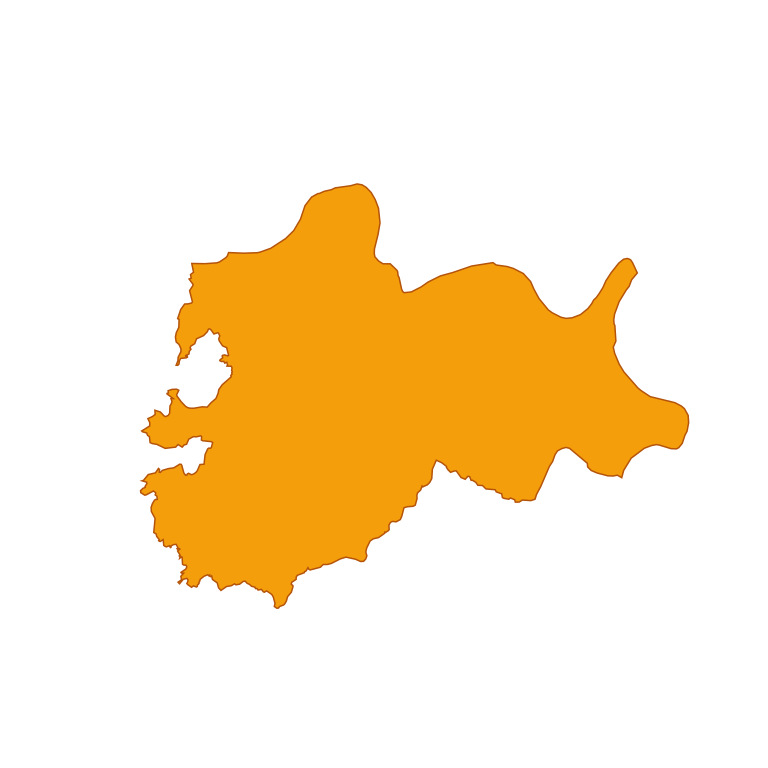 the district of Narayanganj, Dhaka, Bangladesh, rotated 241°
{"feature_id": "16705992B28796010313895", "entity_name": "Narayanganj", "entity_type": "district", "adm_level": 2, "iso_a3": "BGD", "parent_name": "Bangladesh", "parent_adm1": "Dhaka", "projection": "natural_earth1", "projection_center": [90.594, 23.715], "detail": "fine", "context": "isolated", "style": "filled", "palette": "amber", "viewbox_px": 768, "rotation_deg": 241, "n_neighbors": 0, "source": "geoboundaries", "source_scale": "gbopen_adm2", "svg_char_len": 6171}
<svg xmlns="http://www.w3.org/2000/svg" viewBox="0 0 768 768"><g transform="rotate(241 384 384)"><path d="M574.3,311.8L572.0,309.1L571.2,307.1L570.5,299.5L571.0,296.5L576.0,285.8L582.6,274.3L574.1,271.6L573.5,267.8L570.0,266.7L570.3,264.4L563.7,265.3L562.6,264.3L559.9,259.2L548.8,256.3L548.1,255.1L549.1,251.4L550.6,248.4L547.7,242.3L541.2,235.2L539.9,236.1L533.0,232.0L529.5,227.1L526.1,224.3L521.5,222.6L518.0,223.9L513.2,223.5L510.7,222.0L507.2,216.9L504.3,215.1L501.2,211.3L500.3,212.7L500.8,214.3L503.3,216.2L505.0,218.4L502.7,223.9L502.8,225.2L503.6,225.4L504.4,224.1L505.0,224.3L504.8,227.9L507.0,229.6L508.1,232.1L509.5,231.8L510.8,233.4L511.0,238.0L514.4,241.9L513.8,249.7L515.4,254.9L517.0,256.9L516.9,258.2L515.0,259.0L510.2,259.5L509.5,263.2L508.9,263.9L505.7,263.7L503.7,261.4L501.7,260.8L495.6,261.3L492.1,264.0L484.5,262.0L484.3,261.1L486.8,258.6L487.3,256.9L487.0,256.0L485.1,255.7L484.7,252.5L484.0,251.7L482.5,252.7L481.5,254.8L479.4,254.9L479.3,257.0L476.7,256.5L475.8,255.3L473.5,259.1L471.6,258.8L469.7,257.3L468.4,257.3L467.6,256.2L466.3,255.9L465.8,254.2L464.3,253.7L461.8,242.2L459.2,236.8L456.3,234.4L452.8,230.0L451.4,223.3L449.5,218.2L452.2,213.9L455.0,205.9L457.1,202.3L458.7,200.7L460.7,199.6L466.8,198.0L473.7,197.1L475.1,197.4L478.0,201.5L480.0,200.1L482.1,195.9L482.8,191.9L480.7,191.1L481.0,189.7L480.5,189.4L473.4,192.6L474.5,190.6L471.6,190.1L470.0,188.6L468.6,186.2L462.3,182.3L461.1,179.9L461.4,177.1L462.7,176.2L468.0,174.8L472.1,170.9L468.3,169.1L467.8,165.5L468.2,160.7L463.8,160.4L460.9,158.8L460.4,149.3L459.3,149.6L456.2,152.7L453.7,152.3L451.7,153.3L446.1,151.0L444.2,152.5L441.3,156.1L433.8,161.4L429.8,171.2L430.9,174.5L426.6,176.9L427.6,179.7L427.0,182.1L430.4,186.5L430.4,191.7L428.8,194.2L427.5,198.6L426.5,199.0L423.5,197.1L422.2,198.0L417.3,205.0L415.9,205.8L412.2,202.2L411.9,201.3L412.9,199.5L412.7,198.3L409.0,193.3L401.1,187.7L402.8,184.0L398.7,178.7L397.8,176.5L397.6,173.7L397.9,171.8L400.7,169.7L400.7,168.3L399.9,167.6L400.4,166.2L403.1,165.8L410.9,167.7L412.1,167.6L412.9,166.5L412.6,159.4L414.5,154.6L415.9,148.3L415.1,145.4L415.9,144.7L418.1,146.3L419.5,145.8L417.1,141.0L419.1,133.9L416.3,126.9L416.6,125.5L413.3,128.7L411.9,128.4L410.3,125.4L409.3,125.0L409.6,122.5L408.8,119.4L406.9,118.6L402.8,120.8L402.3,122.3L402.2,130.4L399.8,131.5L398.9,131.3L398.0,130.1L396.0,131.0L393.0,129.7L393.8,128.1L393.6,126.8L391.7,123.5L389.0,120.5L385.2,118.7L377.4,118.6L365.7,110.6L363.4,112.0L360.8,111.3L356.7,112.0L356.3,111.0L355.4,111.2L354.7,112.1L355.0,115.4L349.6,113.1L348.5,113.6L347.1,114.6L346.6,117.8L344.5,117.9L344.5,118.6L345.7,119.2L345.5,122.4L344.5,124.5L340.7,124.4L340.4,123.1L339.7,123.3L339.8,124.7L338.6,125.4L338.0,122.5L333.0,122.7L332.9,121.6L331.8,121.9L330.6,120.8L331.0,123.0L330.5,123.5L324.0,120.4L322.8,121.0L321.4,123.0L320.5,123.1L319.4,122.6L318.2,120.9L317.7,115.1L316.9,115.1L315.7,117.0L314.3,113.1L310.9,112.0L310.5,107.8L308.4,108.3L310.5,113.7L309.6,117.3L307.7,117.6L306.2,116.5L305.1,114.8L303.9,115.0L299.5,117.1L299.8,119.4L297.4,121.5L297.4,122.5L298.5,123.3L299.2,125.5L300.3,125.9L300.6,126.9L302.3,128.6L303.1,133.6L302.6,137.4L301.4,137.6L301.4,138.9L300.5,138.4L299.7,138.7L299.7,140.2L296.2,139.2L290.9,141.7L285.9,140.5L282.5,141.3L283.2,148.1L281.6,152.7L281.7,156.4L280.2,157.1L278.9,160.7L279.6,165.2L278.7,167.1L276.1,167.6L274.1,169.1L271.3,170.1L268.9,172.6L267.4,172.4L266.6,173.8L264.8,174.0L263.8,177.2L260.7,177.7L259.9,178.4L259.9,181.1L254.4,183.8L251.5,183.9L244.9,182.3L242.6,180.2L239.8,181.6L239.2,183.2L240.0,184.8L239.4,189.1L239.8,190.5L241.5,193.4L244.7,196.5L246.8,202.0L250.9,206.2L251.9,206.6L253.9,205.8L255.3,207.1L255.7,212.4L257.7,213.6L258.7,215.5L257.6,222.8L258.3,223.5L258.3,225.3L260.2,228.4L258.5,228.4L257.2,229.2L254.9,238.2L254.6,239.5L255.6,243.3L253.6,247.0L252.6,250.9L252.2,261.1L251.0,266.8L244.6,274.1L240.1,277.5L238.8,280.2L239.7,283.0L242.0,285.7L245.8,286.6L248.9,289.3L253.4,295.7L253.8,299.6L252.3,304.8L253.1,312.0L254.0,313.0L253.4,313.3L253.6,316.6L254.1,317.9L258.2,319.9L259.6,322.2L259.9,323.7L259.5,325.2L257.6,327.7L257.5,332.5L259.6,335.3L266.1,341.5L265.3,345.0L262.9,350.2L262.9,352.6L267.8,357.4L270.8,358.8L272.6,360.8L273.5,364.6L276.3,367.9L275.2,368.1L274.8,373.2L275.7,376.2L278.1,379.9L286.0,385.0L292.0,392.8L287.2,396.3L281.7,398.7L280.8,398.2L277.9,398.4L274.5,399.4L273.8,403.4L272.9,405.1L264.9,406.0L261.3,408.8L262.6,412.7L261.4,414.0L257.5,413.5L257.0,414.6L253.6,416.6L249.9,417.0L247.5,420.9L242.8,422.3L237.6,430.0L235.2,429.9L230.9,433.7L227.3,432.5L225.9,433.4L222.7,437.3L223.0,439.3L219.4,442.2L217.0,441.6L215.2,445.0L215.4,448.8L210.8,455.9L210.0,460.2L213.5,463.9L218.3,471.3L231.8,488.8L234.4,493.8L239.4,499.5L241.4,503.4L241.3,508.2L240.3,512.4L237.8,515.1L216.1,523.4L212.7,521.9L207.9,523.3L202.9,527.2L195.2,535.2L192.4,539.9L191.1,543.9L186.8,546.5L192.2,551.7L199.3,564.2L201.6,580.6L200.5,588.0L199.0,592.7L197.2,595.1L188.3,603.7L185.5,608.3L185.4,610.9L187.5,616.1L193.3,622.4L195.8,626.2L202.5,631.7L209.1,634.8L216.8,634.8L220.5,633.4L226.6,629.4L243.9,610.7L253.7,605.6L257.6,604.1L278.1,599.7L287.2,599.3L299.0,600.6L305.1,602.4L309.1,607.6L323.3,614.3L324.9,614.3L328.8,616.1L333.4,619.6L342.1,629.7L348.7,641.3L350.6,645.8L355.1,651.1L358.3,659.4L369.7,660.2L372.9,659.9L374.3,659.1L375.8,657.7L377.0,654.1L375.9,647.9L371.1,636.4L366.6,628.0L362.2,622.2L358.7,615.9L356.6,611.4L355.8,608.1L353.6,604.7L351.1,598.9L349.4,589.4L350.7,580.6L353.1,575.1L356.5,571.2L364.8,565.6L369.2,563.6L383.5,561.0L394.2,561.1L402.5,561.9L413.1,559.4L422.3,553.2L427.0,548.7L433.7,539.8L437.3,538.2L444.7,517.8L448.2,498.0L451.2,485.7L451.8,472.1L450.9,463.4L451.3,452.5L454.1,445.9L455.7,445.2L458.5,445.4L469.7,448.8L472.1,448.9L475.7,450.4L477.4,450.4L486.1,447.7L489.6,441.4L494.2,438.9L499.7,437.7L502.7,438.7L506.6,441.0L517.6,451.2L526.8,458.6L540.4,464.4L549.4,465.7L557.7,465.6L564.5,463.8L568.8,461.4L572.0,457.5L573.6,450.9L579.2,436.4L579.5,432.0L581.5,425.2L582.0,419.7L582.6,418.6L582.6,411.3L578.3,401.4L568.7,390.9L561.9,379.4L558.9,368.5L557.6,350.7L559.5,339.1L560.4,336.5L566.5,324.6L574.3,311.8Z" fill="#f59e0b" stroke="#b45309" stroke-width="1.5"/></g></svg>